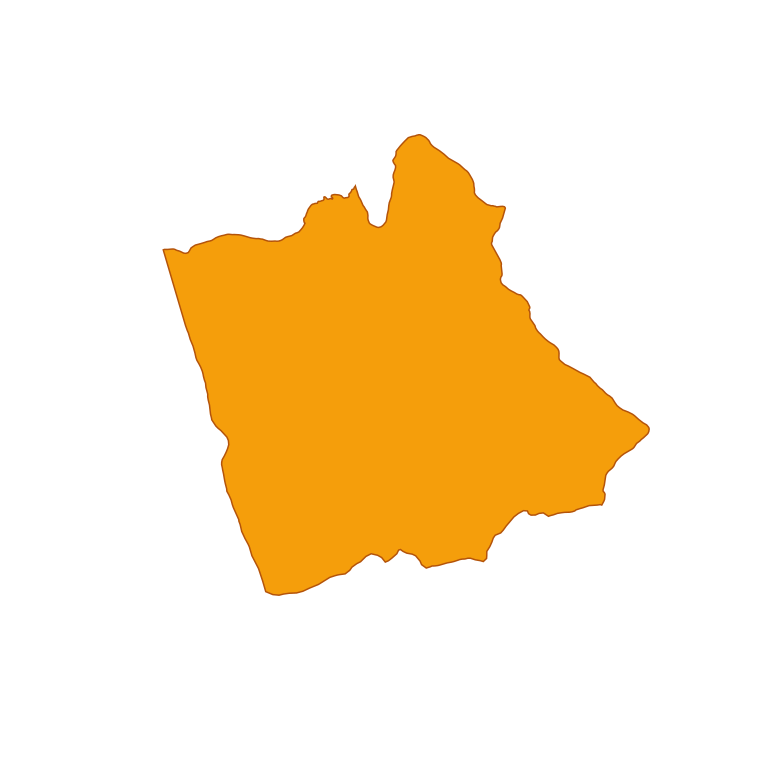 the district of Long, Louang Namtha, Laos, rotated 117°
{"feature_id": "54806243B81400796532262", "entity_name": "Long", "entity_type": "district", "adm_level": 2, "iso_a3": "LAO", "parent_name": "Laos", "parent_adm1": "Louang Namtha", "projection": "mercator", "projection_center": [100.748, 20.99], "detail": "fine", "context": "isolated", "style": "filled", "palette": "amber", "viewbox_px": 768, "rotation_deg": 117, "n_neighbors": 0, "source": "geoboundaries", "source_scale": "gbopen_adm2", "svg_char_len": 6171}
<svg xmlns="http://www.w3.org/2000/svg" viewBox="0 0 768 768"><g transform="rotate(117 384 384)"><path d="M393.0,135.0L388.7,134.9L386.6,135.1L381.9,137.0L381.2,137.7L380.6,138.6L380.2,139.9L378.9,140.8L373.8,141.9L364.8,144.9L362.6,144.9L360.0,144.5L355.8,142.7L354.4,142.3L352.7,142.0L349.8,142.2L347.7,142.2L344.2,141.3L340.4,140.0L337.1,138.4L330.4,134.1L328.8,133.1L327.1,132.5L322.3,132.0L318.7,130.2L316.7,129.6L314.1,128.4L308.8,126.5L307.8,126.4L306.1,126.5L303.7,127.3L302.5,128.4L301.2,131.4L301.0,135.7L300.0,140.8L298.5,146.4L298.1,148.9L298.1,153.6L298.7,159.4L298.2,163.4L297.5,166.5L295.9,169.6L293.7,173.2L293.0,174.4L292.3,177.6L292.2,179.9L291.6,182.5L290.0,186.8L289.6,189.6L288.6,193.1L287.5,195.4L287.0,197.6L284.5,203.6L284.5,210.5L284.7,214.7L284.4,222.6L284.3,227.8L284.5,231.7L283.3,237.0L282.7,238.8L281.3,240.0L277.1,242.0L275.3,243.2L274.0,244.8L273.1,246.8L272.1,250.2L271.8,254.8L271.4,257.5L270.7,260.7L269.7,263.9L268.4,267.4L267.9,269.3L267.1,271.3L265.4,274.2L263.4,276.1L259.6,283.1L258.6,284.1L257.2,284.9L255.0,285.9L253.2,287.2L252.4,288.5L251.9,288.6L250.2,288.6L249.7,288.8L249.1,289.2L245.6,293.7L243.4,299.6L242.7,301.8L242.7,303.2L243.2,304.3L243.5,306.6L243.3,309.3L243.3,312.9L243.1,316.0L242.1,319.8L241.7,323.2L240.7,325.5L239.3,326.8L237.8,327.9L235.7,328.4L234.6,328.2L233.4,328.3L232.1,328.9L225.2,333.4L223.9,333.8L222.9,334.5L220.6,337.2L211.1,351.2L209.7,352.2L207.5,352.4L205.7,353.2L203.7,353.9L200.3,353.8L198.0,353.5L195.8,352.5L193.5,352.1L191.9,352.2L188.1,353.5L182.4,353.7L172.3,355.7L171.9,356.1L171.4,357.1L171.8,358.9L172.9,360.8L175.0,363.9L175.2,365.8L175.6,366.8L175.7,367.9L176.5,369.4L177.4,373.8L177.0,376.1L176.2,380.1L175.4,384.6L174.7,386.7L174.0,388.4L172.6,390.3L170.4,391.3L169.0,392.1L166.9,393.7L164.4,395.2L163.0,396.6L161.6,398.2L158.8,402.5L157.4,404.8L156.6,407.0L156.3,409.2L154.4,416.0L154.1,418.2L153.6,429.0L152.0,434.9L151.0,440.3L150.6,444.2L150.4,446.8L149.8,449.3L149.0,451.3L148.3,452.4L147.7,453.1L146.7,454.7L145.5,458.3L145.3,459.8L145.3,461.9L145.5,464.8L146.0,466.0L147.5,467.8L148.9,469.0L150.6,471.3L153.5,474.2L157.6,475.6L161.0,476.6L164.3,477.5L170.2,478.7L171.6,478.7L172.4,478.2L174.1,477.5L175.7,477.1L177.1,477.2L180.1,477.6L180.9,477.5L182.0,476.5L183.2,474.7L184.1,472.9L186.0,471.9L188.3,471.4L191.4,471.1L193.5,470.7L195.7,469.7L199.0,466.9L200.2,466.4L207.4,464.7L211.1,463.6L212.2,463.0L214.2,462.3L220.1,461.6L223.0,460.7L226.8,459.2L231.7,458.0L236.9,456.2L238.7,455.9L242.8,456.8L244.8,457.7L245.5,458.2L247.0,459.9L247.5,461.4L247.8,466.1L247.7,468.6L247.5,469.6L247.0,470.5L245.0,472.7L243.8,473.6L241.2,474.8L239.6,475.9L238.3,476.9L236.6,480.0L235.3,481.9L234.4,483.8L230.9,488.0L229.6,489.9L228.9,491.2L228.1,492.1L224.7,495.3L223.3,496.9L220.6,499.4L221.1,499.4L222.0,499.7L222.7,499.7L224.0,499.5L224.3,499.6L224.9,500.5L225.3,500.8L226.6,500.6L228.2,500.7L228.7,500.7L229.7,501.2L230.6,501.4L231.1,501.3L232.5,500.4L233.1,500.4L233.7,500.6L234.3,501.0L235.5,502.8L236.4,503.7L236.5,504.4L236.5,505.2L235.7,507.4L236.0,509.9L237.5,513.9L238.2,514.8L238.4,515.2L238.8,515.5L239.2,516.0L239.6,516.3L240.3,516.3L240.7,516.2L241.1,515.6L241.4,514.4L242.0,513.9L242.3,513.9L242.7,514.0L242.8,514.2L242.8,515.4L242.9,515.8L244.5,517.3L244.8,517.9L244.9,518.4L244.8,519.2L244.5,519.8L244.1,521.2L244.1,521.7L244.4,522.2L244.8,522.4L245.2,522.2L246.4,521.4L246.9,521.3L247.6,521.4L247.9,521.5L249.1,522.8L249.9,523.5L250.8,524.7L251.1,525.4L252.2,525.6L253.1,525.4L253.4,525.7L254.0,526.7L254.5,527.5L255.9,528.8L256.3,529.4L257.9,530.1L262.2,530.8L263.2,530.8L264.6,530.7L265.3,530.5L267.4,530.4L269.6,530.0L270.9,530.0L272.2,530.4L272.9,530.5L273.6,530.3L274.3,529.8L274.9,529.6L276.4,528.2L276.6,527.8L276.6,527.4L278.9,527.3L282.0,527.6L284.7,528.2L287.2,528.9L288.7,530.1L289.9,531.4L293.7,533.6L296.4,536.7L298.0,538.3L301.4,540.0L302.8,541.0L304.4,542.6L305.4,544.2L306.1,546.0L307.8,548.9L309.2,551.9L309.7,554.4L310.1,558.0L310.8,559.8L311.3,561.7L312.5,563.9L313.7,567.2L314.4,569.6L315.5,575.7L316.3,579.2L317.0,581.2L318.6,584.8L319.8,587.1L321.0,590.2L321.9,591.7L324.0,594.0L325.8,596.2L327.9,598.4L330.2,600.3L332.2,601.4L334.3,602.7L335.5,603.9L337.4,606.3L339.2,608.0L342.1,611.0L345.9,615.2L348.3,616.6L350.4,617.7L353.7,617.8L355.8,618.1L357.5,619.8L358.3,621.8L358.4,626.4L359.0,629.5L359.0,631.6L359.4,633.1L360.5,635.0L362.4,638.0L363.8,640.8L364.7,641.6L422.0,587.4L425.7,583.5L427.3,581.5L432.3,576.8L436.9,571.4L442.1,566.6L445.8,563.6L447.8,561.5L450.0,558.1L452.2,555.0L455.1,551.7L457.1,549.9L459.3,548.2L462.1,545.7L464.1,543.5L468.0,541.0L473.0,536.5L475.4,535.3L478.0,533.4L481.9,530.0L489.6,524.9L492.6,522.3L494.1,521.2L497.8,514.7L498.8,511.6L499.5,508.2L502.6,499.9L505.0,497.0L508.5,494.8L512.7,494.0L516.3,493.7L520.8,493.6L524.8,493.8L527.4,493.1L529.5,492.1L532.2,489.9L533.6,488.9L536.9,486.2L542.8,481.8L545.1,479.9L548.7,476.7L550.9,475.3L553.3,471.8L556.6,467.7L560.4,464.3L562.5,462.1L570.7,451.9L572.1,451.0L574.5,448.4L580.0,443.8L584.7,437.8L588.3,432.5L590.2,430.1L597.0,423.7L605.4,412.0L614.7,402.6L622.7,395.1L622.1,387.4L619.8,381.6L616.8,378.2L613.5,373.5L609.9,367.1L605.5,362.2L599.8,357.8L592.2,351.3L580.9,344.5L577.1,340.7L575.2,338.6L573.9,336.9L570.8,332.4L565.4,329.9L561.7,329.4L556.4,326.7L553.0,324.2L545.8,321.8L541.1,318.4L539.5,311.9L539.7,307.3L542.1,302.0L539.5,299.8L535.5,297.9L529.4,295.5L525.4,295.6L524.0,294.2L524.5,291.0L524.4,287.0L522.8,281.6L522.7,277.8L525.4,271.5L527.9,268.5L528.8,262.8L525.8,259.7L524.4,258.6L523.0,256.1L521.3,253.6L520.0,252.1L514.8,246.6L511.9,242.8L510.4,241.1L507.2,237.9L506.1,236.9L504.5,234.8L503.2,232.5L501.2,230.2L500.0,227.9L499.2,222.9L497.7,218.0L497.1,214.9L492.9,213.4L490.1,214.6L486.5,216.4L480.9,215.9L476.1,216.1L471.7,216.7L468.3,216.3L463.7,212.4L460.0,211.4L455.3,210.7L443.4,207.9L438.3,205.5L433.5,202.2L432.0,198.6L433.9,196.3L434.1,193.5L432.0,189.6L428.9,187.1L426.5,183.5L427.2,177.4L425.7,176.0L423.6,173.6L420.5,170.7L417.9,167.1L416.3,164.7L413.9,160.3L412.4,158.3L410.5,156.4L408.9,155.7L405.8,152.6L404.2,150.8L399.2,146.0L395.1,139.1L393.3,136.6L393.0,135.0Z" fill="#f59e0b" stroke="#b45309" stroke-width="1.5"/></g></svg>